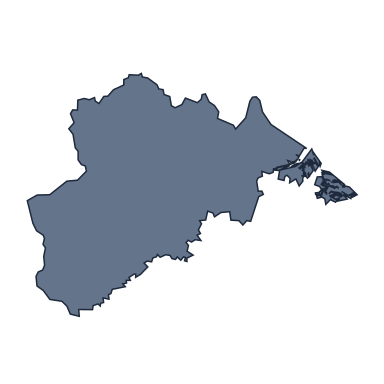 Eloy Alfaro, Esmeraldas, Ecuador, rotated 88°
{"feature_id": "8360857B46981965589636", "entity_name": "Eloy Alfaro", "entity_type": "district", "adm_level": 2, "iso_a3": "ECU", "parent_name": "Ecuador", "parent_adm1": "Esmeraldas", "projection": "orthographic", "projection_center": [-78.985, 0.866], "detail": "fine", "context": "isolated", "style": "filled", "palette": "slate", "viewbox_px": 384, "rotation_deg": 88, "n_neighbors": 0, "source": "geoboundaries", "source_scale": "gbopen_adm2", "svg_char_len": 5820}
<svg xmlns="http://www.w3.org/2000/svg" viewBox="0 0 384 384"><g transform="rotate(88 192 192)"><path d="M309.8,317.9L312.3,309.0L305.5,309.3L306.1,295.5L302.1,294.8L300.6,289.8L302.7,287.7L300.0,287.2L299.4,284.2L294.8,284.5L296.2,278.7L291.6,279.0L290.7,276.6L286.5,275.1L284.3,262.0L281.4,264.4L280.7,260.6L278.0,260.9L278.2,256.7L275.2,258.0L272.0,252.7L272.2,251.1L275.3,251.3L272.5,246.3L265.3,238.8L261.3,242.4L259.5,239.1L260.4,234.8L256.5,233.4L255.5,229.7L253.2,228.7L256.1,226.1L253.8,220.5L254.6,216.2L257.9,214.3L258.8,210.8L256.4,209.0L259.8,205.6L256.4,202.5L257.4,200.9L260.5,201.9L261.3,199.5L257.9,199.4L255.1,193.1L251.0,199.0L245.3,197.4L242.3,199.7L240.1,197.5L242.0,194.2L239.8,190.5L240.8,184.8L235.3,188.4L233.8,185.0L230.1,186.9L224.1,183.6L220.9,185.4L220.5,179.3L211.7,177.0L213.7,171.8L217.6,170.4L213.5,163.8L213.0,155.0L221.5,154.1L222.3,146.1L226.8,142.3L222.5,138.3L223.4,134.4L199.0,125.5L196.9,120.8L193.6,122.1L193.5,125.8L183.4,127.0L180.3,125.5L178.6,121.1L173.9,121.5L176.5,114.1L175.2,110.3L171.0,109.5L172.8,109.1L170.3,106.4L167.8,93.3L163.9,95.3L165.0,92.3L167.2,92.0L165.3,90.2L164.8,87.1L164.1,87.0L162.4,85.0L160.4,83.8L159.9,84.7L159.2,85.0L159.3,85.2L159.1,85.9L158.7,86.1L159.1,84.8L160.1,83.7L152.1,78.4L152.5,75.9L127.3,110.7L114.5,118.7L102.8,121.1L99.1,124.5L99.4,128.3L103.3,131.0L119.7,135.7L130.6,146.2L126.7,148.3L119.4,163.9L112.8,162.5L106.4,166.5L102.5,171.8L94.4,175.2L95.1,178.5L99.6,179.5L102.9,183.5L97.9,195.3L104.3,199.1L107.2,206.0L105.0,209.6L95.8,210.9L93.6,216.5L88.7,217.3L87.8,221.6L83.7,223.2L76.5,232.3L75.3,237.6L71.7,238.5L73.4,241.6L72.6,250.7L75.6,251.6L77.2,256.2L82.7,256.5L87.0,266.8L93.3,272.8L93.4,276.8L100.3,281.9L97.8,285.5L94.2,286.1L96.2,291.4L94.8,296.4L96.2,302.9L106.1,303.6L105.8,308.4L109.5,310.7L118.6,307.4L124.5,312.9L130.1,308.9L143.8,307.1L147.4,304.4L155.9,304.7L160.7,301.6L162.3,297.7L167.5,296.8L176.2,306.0L176.8,316.7L189.8,334.3L189.6,346.8L194.9,356.9L217.7,352.1L225.3,348.7L230.0,342.2L233.2,341.1L239.1,342.7L242.7,340.4L251.1,342.4L260.1,341.9L264.8,344.0L266.5,348.4L270.8,350.8L280.5,350.2L285.3,344.0L294.4,337.8L296.7,325.8L301.7,321.0L309.8,317.9ZM202.1,30.5L200.5,27.1L192.5,34.6L191.1,39.3L191.8,38.8L192.5,39.9L192.1,41.8L191.6,39.0L190.0,42.4L187.2,45.0L187.3,48.4L186.2,49.4L186.3,49.5L187.3,49.6L187.6,49.8L187.1,51.4L186.1,49.6L185.0,51.3L187.0,47.6L184.3,49.6L186.8,45.6L184.7,46.9L190.3,38.8L176.9,53.9L174.9,61.3L175.9,60.7L176.8,56.8L178.9,52.6L179.6,52.1L177.2,61.5L179.1,60.9L178.6,59.9L178.4,58.3L179.4,61.3L184.9,59.2L184.1,58.4L184.1,56.8L184.8,54.8L185.3,54.3L184.3,58.4L188.3,61.6L188.5,60.4L186.6,59.4L186.3,58.0L189.5,57.3L188.3,55.3L188.9,54.7L190.3,54.7L191.1,50.3L192.5,49.3L191.6,47.7L191.5,46.8L193.4,45.2L191.9,47.6L193.3,49.3L190.6,54.8L188.6,55.4L189.8,57.3L186.6,58.9L188.7,60.1L189.1,62.1L190.4,57.7L191.7,55.8L196.8,59.0L197.2,57.4L198.6,57.6L197.0,59.3L195.2,58.5L195.3,59.8L193.5,61.2L194.9,60.7L198.8,62.2L196.0,62.7L194.1,62.0L196.8,65.2L198.5,64.2L199.1,65.1L199.1,63.7L200.4,63.6L199.1,65.2L196.9,65.3L197.2,68.7L199.4,68.4L198.1,68.0L199.8,65.7L200.0,67.6L202.7,67.0L201.6,62.3L203.5,59.5L209.0,58.7L204.5,54.0L207.2,48.9L203.6,45.5L204.5,48.5L202.8,51.2L202.2,51.5L201.0,50.1L199.7,50.8L199.9,51.6L201.0,51.9L201.3,52.3L200.8,53.5L201.9,53.5L200.6,54.3L199.6,51.4L199.9,47.3L196.6,52.5L198.6,55.3L196.1,53.0L197.2,49.1L201.5,43.0L200.5,43.5L199.2,43.0L199.1,45.3L198.1,45.3L198.4,46.4L197.4,47.1L197.7,45.5L199.0,42.9L200.9,42.9L200.1,40.3L204.1,33.5L199.7,32.5L200.7,33.9L201.1,36.0L196.7,42.5L201.0,35.9L199.4,32.4L202.4,31.9L200.5,29.7L200.3,30.3L199.4,30.1L199.7,30.7L199.6,31.0L198.7,30.8L199.2,31.2L198.8,31.7L198.5,30.9L198.6,30.7L198.9,30.6L199.6,30.8L199.4,30.0L200.3,29.6L202.1,30.5ZM168.4,79.6L166.3,81.8L170.2,88.0L173.2,103.6L182.1,105.4L183.7,99.6L179.7,98.7L178.6,96.4L181.8,93.5L186.2,94.1L182.6,87.7L189.7,84.7L185.0,80.8L182.2,80.9L179.9,79.6L179.7,82.1L179.4,79.8L176.6,79.6L176.4,79.0L174.1,80.9L173.4,80.3L173.2,79.5L171.9,80.6L171.6,80.5L171.4,79.5L170.7,79.6L170.1,81.0L169.4,81.3L169.6,81.8L170.5,80.9L171.3,80.9L171.5,81.1L171.1,82.1L171.9,82.2L171.8,84.1L172.0,84.0L172.0,83.3L172.4,82.8L173.2,82.8L172.3,83.1L172.2,84.0L171.8,84.2L170.8,82.8L171.2,81.1L169.6,82.1L168.4,79.6ZM167.9,61.9L156.8,69.2L159.5,69.0L153.2,70.8L166.1,81.1L168.4,78.3L165.9,76.8L166.0,75.7L166.4,75.2L168.4,74.7L167.0,72.4L166.0,73.8L164.8,73.7L164.8,74.3L164.3,75.1L163.7,75.0L164.8,73.5L166.0,73.7L163.8,72.9L175.5,68.2L170.7,64.8L169.0,66.4L167.3,67.0L167.8,68.5L167.0,69.3L167.9,69.7L167.8,70.0L167.0,70.5L166.2,70.3L165.9,70.7L163.6,71.4L166.2,70.2L167.8,69.9L166.8,69.4L167.1,67.2L167.6,66.4L168.9,66.3L168.8,65.7L163.0,68.9L162.5,68.9L162.4,68.4L161.8,68.7L169.9,64.8L170.2,63.2L166.0,63.8L170.6,63.0L167.9,61.9ZM174.9,70.2L168.5,72.6L170.0,74.4L166.4,75.7L170.1,78.4L169.5,80.9L171.5,78.7L171.7,80.5L173.3,79.3L174.1,80.8L175.3,79.0L176.4,78.9L176.8,79.4L176.9,78.1L177.6,77.8L178.1,77.9L178.7,78.1L179.0,78.7L178.9,79.1L178.0,79.2L179.4,79.7L179.0,77.9L182.2,76.2L180.4,74.1L179.0,75.2L178.0,75.4L177.2,74.8L180.0,74.1L174.9,70.2ZM195.2,59.7L191.4,56.6L192.2,58.4L190.9,57.5L190.4,60.6L188.8,62.6L185.4,60.1L181.2,61.7L181.3,66.3L189.0,69.1L191.0,64.2L193.8,62.8L193.4,60.9L195.2,59.7ZM204.5,37.1L200.4,40.6L201.9,43.2L200.0,48.6L202.4,51.3L204.4,48.5L203.2,45.5L204.7,45.1L206.2,46.9L204.5,37.1ZM173.1,107.8L173.5,104.8L169.0,93.3L170.5,105.2L173.1,107.8ZM170.3,92.4L169.8,87.9L167.2,85.3L167.3,86.6L170.3,92.4ZM167.3,91.3L166.8,89.1L165.8,88.0L165.6,89.9L167.3,91.3ZM179.9,79.2L180.4,78.0L179.1,77.9L179.9,79.2ZM178.8,78.9L177.1,78.1L177.0,79.1L178.8,78.9ZM194.3,61.8L196.1,62.1L194.8,60.8L194.3,61.8ZM164.0,86.8L164.6,86.7L163.3,85.6L164.0,86.8ZM163.6,83.8L164.1,83.6L163.2,82.7L163.6,83.8Z" fill="#64748b" stroke="#1e293b" stroke-width="1.5"/></g></svg>